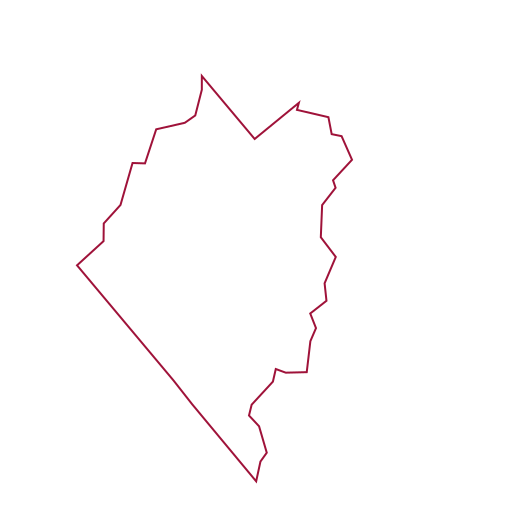 the district of Red River, Louisiana, United States of America, rotated 230°
{"feature_id": "52423323B2790682775413", "entity_name": "Red River", "entity_type": "district", "adm_level": 2, "iso_a3": "USA", "parent_name": "United States of America", "parent_adm1": "Louisiana", "projection": "albers", "projection_center": [-93.371, 32.062], "detail": "fine", "context": "isolated", "style": "outline", "palette": "rose", "viewbox_px": 512, "rotation_deg": 230, "n_neighbors": 0, "source": "geoboundaries", "source_scale": "gbopen_adm2", "svg_char_len": 654}
<svg xmlns="http://www.w3.org/2000/svg" viewBox="0 0 512 512"><g transform="rotate(230 256 256)"><path d="M83.3,111.3L95.7,127.3L98.4,137.8L123.6,148.9L138.3,148.1L144.9,157.1L148.9,188.2L156.7,198.5L147.5,203.8L134.4,220.2L155.8,242.9L162.2,255.6L177.1,260.6L176.4,281.2L191.0,291.0L204.0,316.5L228.7,317.7L252.5,339.4L257.1,360.8L264.5,363.7L268.0,391.4L292.8,398.6L300.7,392.3L315.8,400.7L341.6,381.3L345.8,387.3L346.5,330.2L428.7,330.2L418.2,321.4L402.7,299.8L403.8,287.1L417.2,261.0L398.3,230.5L406.6,221.2L382.2,185.0L378.8,160.3L365.4,148.8L363.9,112.9L213.6,112.8L183.6,111.8L83.3,111.3Z" fill="none" stroke="#9f1239" stroke-width="2"/></g></svg>